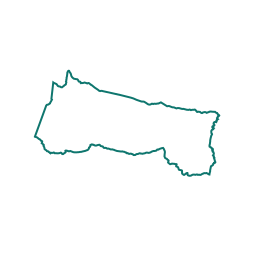 Jorge Basadre, Tacna, Peru, rotated 244°
{"feature_id": "86281439B54708928525670", "entity_name": "Jorge Basadre", "entity_type": "district", "adm_level": 2, "iso_a3": "PER", "parent_name": "Peru", "parent_adm1": "Tacna", "projection": "robinson", "projection_center": [-70.838, -17.585], "detail": "fine", "context": "isolated", "style": "outline", "palette": "teal", "viewbox_px": 256, "rotation_deg": 244, "n_neighbors": 0, "source": "geoboundaries", "source_scale": "gbopen_adm2", "svg_char_len": 5747}
<svg xmlns="http://www.w3.org/2000/svg" viewBox="0 0 256 256"><g transform="rotate(244 128 128)"><path d="M161.0,40.5L160.8,40.6L160.2,41.4L159.3,42.2L158.2,42.7L157.4,43.0L156.7,43.6L155.8,44.1L155.1,44.1L154.6,44.3L154.1,44.8L153.7,45.0L153.1,44.8L152.5,44.2L152.2,43.8L149.8,44.9L149.5,44.8L149.3,44.4L149.1,44.2L147.3,44.3L145.7,43.8L144.9,44.1L143.6,44.9L142.7,45.0L141.8,46.2L141.0,46.3L140.4,46.9L139.8,46.9L139.2,47.2L139.4,48.0L138.6,49.5L138.5,50.6L137.5,51.0L137.2,51.7L135.9,54.0L135.4,55.7L135.3,56.8L134.7,57.3L133.4,57.5L133.0,58.3L133.1,58.8L133.3,59.4L133.4,60.8L133.6,61.0L133.7,61.4L134.0,61.5L135.0,61.8L135.0,62.2L134.6,62.9L132.9,64.7L132.6,66.1L130.3,68.2L129.5,69.4L128.7,71.0L128.3,72.1L127.8,73.3L127.6,74.2L127.0,75.7L126.9,76.5L126.1,79.9L126.1,81.1L125.9,81.8L125.9,82.2L126.6,83.8L127.5,84.4L127.8,85.7L128.5,86.4L129.1,86.6L129.2,86.8L129.1,87.4L129.2,87.8L129.0,88.0L129.0,88.4L128.5,88.9L128.5,89.2L127.9,89.6L127.7,90.0L127.2,90.2L126.8,90.6L126.2,91.5L125.9,93.5L125.5,94.9L124.7,95.4L124.2,95.4L123.7,95.6L123.4,96.0L122.5,97.2L120.9,97.5L120.5,97.9L120.1,99.0L119.4,99.8L118.6,100.2L118.4,100.6L118.2,101.2L117.8,101.7L116.2,103.2L115.7,104.5L114.9,105.3L114.7,105.7L113.8,106.4L112.2,108.0L109.8,111.6L109.5,112.6L108.9,113.2L108.1,114.4L107.3,114.9L106.9,115.5L106.2,115.6L105.7,116.0L105.6,116.3L105.6,116.7L104.6,117.3L104.2,117.7L104.0,118.6L103.8,119.0L103.6,119.5L103.2,119.7L102.6,120.5L101.7,121.1L101.3,121.1L101.1,121.4L100.6,122.6L100.8,124.2L100.3,125.5L100.2,127.2L100.1,127.6L99.4,128.3L99.0,129.1L98.5,129.7L98.2,131.1L97.9,132.0L97.9,133.1L97.8,133.7L97.5,134.4L96.6,135.6L96.4,136.3L96.2,137.7L96.4,138.7L96.2,140.7L95.7,141.7L95.3,143.3L95.3,143.7L95.7,144.5L95.8,144.9L95.2,146.0L95.4,146.9L95.1,149.3L94.7,150.8L93.7,151.0L91.0,150.9L89.8,150.4L88.2,149.3L87.7,149.1L86.7,148.4L86.2,148.3L84.6,148.3L83.2,149.4L82.4,149.5L81.4,150.1L80.9,150.2L80.6,150.0L79.7,149.0L79.0,149.0L77.0,150.0L76.8,150.7L76.7,152.0L76.1,152.7L75.7,153.7L75.0,154.4L74.3,155.7L74.1,155.8L73.7,155.6L72.9,154.7L72.4,154.5L71.0,155.7L70.7,155.8L68.7,155.5L68.0,155.6L66.4,157.7L65.9,157.8L63.9,156.9L63.3,156.7L62.3,157.1L61.4,157.6L61.2,158.0L61.7,160.3L61.7,161.3L61.5,161.7L61.3,161.7L60.2,161.1L59.3,161.1L58.7,161.6L58.0,162.5L57.6,163.7L57.7,165.2L57.6,166.0L57.0,167.2L56.3,168.2L56.2,169.1L55.9,169.8L55.2,170.3L54.9,171.4L54.3,172.1L54.0,172.8L54.2,174.9L54.0,175.8L54.1,176.4L54.0,176.8L53.3,178.0L53.1,178.9L50.8,180.4L50.5,180.8L51.9,181.8L53.0,182.8L54.0,183.3L57.1,185.7L57.3,186.0L57.2,186.6L57.4,187.0L57.4,187.9L57.9,188.5L58.4,188.8L58.4,189.3L58.6,189.7L58.9,189.9L58.6,190.6L58.8,190.8L58.8,191.1L58.9,191.3L59.3,191.1L59.6,191.5L59.8,191.4L60.4,191.7L61.0,191.8L61.6,191.9L62.2,192.1L62.6,192.0L63.0,192.3L63.3,192.2L63.5,192.5L63.8,192.3L64.0,192.4L64.8,192.4L65.0,192.8L65.7,192.8L66.2,192.5L66.7,193.4L67.5,194.0L68.2,194.1L68.6,194.0L68.8,194.2L69.0,194.2L69.8,193.7L70.3,193.9L70.6,194.3L71.0,194.3L71.1,194.7L71.3,194.7L71.5,194.4L71.9,195.0L72.3,194.9L72.4,194.6L72.7,194.3L73.5,194.4L73.9,194.3L74.1,193.9L74.5,193.6L75.3,193.5L75.5,193.2L76.1,193.3L77.4,194.2L77.7,194.6L78.1,194.8L79.9,196.0L80.9,196.5L82.5,197.7L84.6,199.5L85.5,200.8L86.1,200.9L86.6,200.7L87.9,201.1L88.7,201.5L89.1,201.9L89.6,202.9L89.5,204.1L90.2,204.5L90.3,204.6L90.3,205.0L90.7,204.9L90.8,204.5L91.2,204.2L91.7,204.1L92.2,204.4L92.5,204.9L92.3,205.9L92.3,206.4L92.6,206.9L92.8,207.0L93.1,206.9L93.5,207.0L94.2,206.7L95.1,207.4L95.3,207.7L95.4,208.4L95.1,209.4L94.6,209.8L94.8,210.2L94.9,210.3L95.1,210.1L95.4,210.2L95.4,210.5L95.8,211.1L96.1,211.1L96.2,211.5L96.3,211.3L96.5,211.5L96.9,212.0L97.2,212.1L97.1,212.3L97.3,212.3L97.2,212.7L97.4,212.9L97.5,212.9L97.6,212.6L97.8,212.7L98.1,212.7L98.4,213.2L98.5,213.6L99.1,213.9L99.1,214.6L99.0,215.2L99.2,215.5L99.5,215.5L99.9,215.2L100.7,215.0L101.0,214.7L102.3,214.7L102.5,214.3L102.9,214.1L103.7,213.5L104.3,213.4L105.9,210.5L106.3,210.0L106.7,209.2L106.8,208.5L107.0,208.3L107.0,208.0L106.9,207.4L107.1,206.5L107.1,205.4L107.5,205.1L108.1,204.8L108.5,204.2L108.7,203.9L109.1,202.3L109.1,202.0L108.9,201.5L109.0,201.0L109.4,200.5L111.0,199.7L111.3,199.1L112.0,198.1L112.0,197.4L112.2,197.1L114.7,196.5L115.3,196.1L115.5,195.1L115.8,194.7L116.3,193.4L116.4,192.6L116.6,192.2L117.3,191.8L117.6,191.4L117.7,190.5L118.5,189.0L120.9,186.2L121.4,185.0L123.6,182.5L124.2,181.3L124.4,180.1L126.4,178.3L127.2,176.9L129.6,174.7L129.9,174.3L130.4,172.7L136.6,168.8L136.6,167.7L136.7,167.1L136.6,166.4L136.8,165.7L137.0,165.4L137.5,163.6L138.1,162.7L138.4,162.0L138.5,161.1L139.3,160.3L139.4,159.9L139.3,159.0L139.4,158.1L139.8,157.2L140.8,156.2L142.2,155.5L144.4,154.1L144.8,153.7L145.9,151.7L149.6,148.0L152.2,145.8L154.0,143.9L160.9,135.7L172.2,121.5L172.9,120.7L173.2,120.1L173.4,119.1L174.4,118.2L175.3,117.9L178.9,115.8L182.4,114.2L183.1,113.8L183.2,113.5L183.9,113.3L185.5,112.5L185.8,112.1L185.9,111.8L185.9,110.9L186.1,110.7L186.7,110.2L187.9,108.9L188.2,107.1L188.8,106.0L188.9,105.3L189.1,105.2L190.0,105.4L190.5,105.3L191.3,104.2L191.6,104.1L193.2,104.1L193.8,103.9L194.1,103.7L194.5,103.0L196.1,100.9L197.4,100.3L198.4,100.0L199.8,99.9L200.9,100.2L202.2,100.4L203.6,100.1L205.2,100.1L205.5,99.7L205.5,99.3L205.2,98.9L205.0,98.5L204.3,97.7L203.9,97.6L203.4,97.3L203.2,97.0L202.5,96.7L201.9,96.2L201.5,96.0L200.7,95.4L200.4,95.0L199.0,94.3L198.6,93.8L197.9,93.5L196.9,92.6L196.5,92.7L195.9,92.5L195.1,91.6L194.6,91.4L194.3,90.8L194.3,89.6L193.8,88.4L193.8,87.7L193.5,86.5L194.1,85.6L195.2,85.0L195.6,84.2L196.5,83.4L198.8,83.0L201.1,81.1L201.7,80.8L187.7,71.9L187.4,71.9L187.0,72.1L186.8,72.1L186.5,71.5L185.6,70.4L185.0,69.3L184.3,68.7L184.3,68.0L184.1,67.4L184.0,66.8L184.4,65.2L184.0,64.3L161.0,40.5Z" fill="none" stroke="#0f766e" stroke-width="2"/></g></svg>